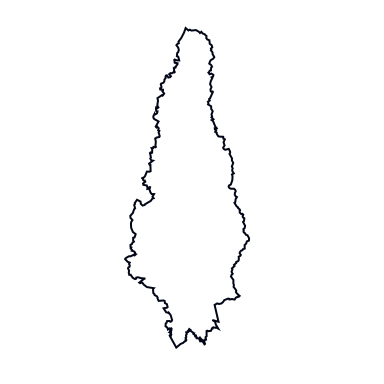 Guachinango, Jalisco, Mexico, rotated 36°
{"feature_id": "50627088B196089850290", "entity_name": "Guachinango", "entity_type": "district", "adm_level": 2, "iso_a3": "MEX", "parent_name": "Mexico", "parent_adm1": "Jalisco", "projection": "albers", "projection_center": [-104.413, 20.697], "detail": "fine", "context": "isolated", "style": "outline", "palette": "ink", "viewbox_px": 384, "rotation_deg": 36, "n_neighbors": 0, "source": "geoboundaries", "source_scale": "gbopen_adm2", "svg_char_len": 6068}
<svg xmlns="http://www.w3.org/2000/svg" viewBox="0 0 384 384"><g transform="rotate(36 192 192)"><path d="M284.8,245.3L281.4,244.3L280.7,242.8L279.0,241.4L277.2,238.8L273.2,237.5L272.7,235.5L273.0,234.3L270.9,233.3L270.2,230.9L269.2,230.4L269.9,226.8L268.8,226.3L269.5,223.5L268.9,222.7L270.0,220.6L269.6,219.1L267.8,216.9L268.6,215.3L268.5,214.2L266.6,213.6L266.1,212.6L266.2,210.6L267.0,209.4L266.9,208.1L267.9,206.8L265.8,204.1L266.1,201.7L265.4,199.8L266.6,197.8L265.3,195.8L262.3,194.4L260.8,194.9L258.7,194.1L257.7,194.3L256.6,193.4L256.5,192.7L255.4,191.9L255.8,190.2L254.8,188.1L250.9,186.2L251.1,184.9L249.8,182.5L248.2,182.6L247.5,182.2L246.8,180.2L245.5,180.1L245.0,180.9L242.7,180.6L241.5,179.0L241.6,178.5L240.6,178.0L238.9,178.0L238.4,177.4L236.6,177.4L232.7,175.8L233.0,174.9L231.5,172.1L231.3,169.7L230.1,169.9L228.3,169.1L227.3,167.8L227.0,165.8L225.8,164.9L224.0,164.7L221.2,166.7L219.5,166.7L218.5,166.1L218.1,165.1L219.0,163.1L217.7,158.8L215.5,155.4L214.0,154.3L214.9,152.4L212.5,151.5L211.4,150.3L211.1,149.0L209.2,147.9L208.3,144.3L205.6,142.9L204.6,141.3L199.9,139.1L199.8,137.8L199.0,136.9L196.4,135.5L194.1,138.3L192.1,138.5L191.1,137.7L191.0,135.2L188.3,133.2L187.6,130.1L186.0,130.4L184.8,129.0L181.4,131.2L180.4,131.4L177.8,130.4L177.1,129.5L175.5,129.7L175.5,128.3L173.7,127.9L173.1,127.2L174.6,126.6L174.7,125.9L172.4,125.4L167.1,122.1L165.7,122.2L166.5,120.5L163.9,120.2L164.0,119.2L162.2,117.8L161.3,114.5L158.7,113.5L157.1,111.4L153.5,111.7L153.3,110.7L151.8,109.6L152.6,107.6L151.2,106.8L151.5,105.5L150.1,98.8L149.6,98.6L148.7,99.5L147.9,99.5L146.6,98.0L146.1,95.6L143.2,94.1L142.0,91.2L141.5,88.1L140.4,87.7L141.2,86.3L140.5,84.7L138.1,84.8L137.0,86.4L135.1,85.7L135.4,84.9L135.0,83.5L135.8,82.5L134.4,80.1L134.6,78.9L132.9,78.0L130.5,78.0L129.8,75.9L129.7,74.3L130.8,71.7L130.8,69.8L127.7,68.4L126.4,66.9L124.0,66.3L123.8,65.2L123.0,64.8L123.3,62.9L121.6,61.7L119.3,61.7L116.8,59.0L114.8,59.6L113.1,59.1L112.1,57.3L109.3,57.0L107.3,57.5L105.4,56.9L105.0,58.7L103.2,58.3L100.0,58.7L96.7,61.7L94.8,62.0L94.2,63.4L90.5,63.1L91.9,67.9L92.8,73.9L92.7,78.4L93.9,79.4L93.1,81.1L93.1,82.4L96.0,83.3L97.9,84.9L98.6,87.1L98.3,88.0L99.3,90.1L100.2,90.5L100.2,91.0L101.6,90.8L104.3,93.1L102.2,94.5L100.1,95.0L100.0,95.5L102.1,97.6L104.6,96.3L105.3,97.4L105.0,98.8L105.5,101.1L104.6,101.5L104.4,102.4L106.1,104.0L106.3,104.7L107.5,105.1L107.3,105.9L106.6,106.0L106.0,107.7L104.7,108.5L104.3,110.1L106.9,110.7L106.8,112.0L105.6,113.3L103.1,112.4L102.5,113.2L102.8,114.3L103.7,115.2L103.6,117.2L104.7,119.0L104.6,120.5L103.3,122.5L103.4,123.2L105.6,125.0L105.8,125.9L105.2,126.9L106.2,127.8L108.3,126.3L108.9,126.9L108.9,127.9L111.6,128.7L111.7,130.8L111.5,131.4L110.8,131.2L108.9,136.4L110.8,138.1L113.1,142.5L115.1,143.3L114.8,144.5L113.3,144.6L113.6,145.4L115.4,147.5L116.1,147.6L116.7,147.1L117.2,148.1L117.4,149.0L116.7,150.8L116.1,151.4L115.8,151.1L116.2,153.4L117.1,154.6L119.3,155.4L118.9,155.1L123.5,154.6L124.2,160.4L125.4,160.7L125.7,159.6L127.6,160.0L128.4,162.0L129.6,161.7L130.1,163.6L133.0,165.7L133.2,166.7L131.4,168.7L130.8,170.4L133.2,172.6L135.2,176.1L136.3,176.7L136.0,177.5L134.3,178.2L134.6,179.3L133.5,180.2L134.7,180.8L136.6,183.6L136.5,184.1L135.2,184.4L135.1,185.2L138.4,188.1L138.6,189.5L140.5,190.3L142.0,189.6L140.6,194.2L141.8,194.9L142.4,194.5L146.3,199.5L145.7,200.5L143.5,202.0L144.7,206.9L144.4,209.1L142.9,210.3L144.3,210.0L145.7,211.1L147.0,211.0L147.2,210.6L148.2,211.2L147.4,213.9L148.5,214.8L151.6,213.3L153.5,214.7L154.1,215.8L154.7,215.2L154.7,213.1L155.3,212.8L156.1,214.9L158.4,216.6L160.5,217.4L162.5,216.0L162.8,219.0L164.6,219.6L163.8,220.6L163.9,223.3L161.2,229.6L161.3,230.4L160.0,232.0L157.6,231.7L156.0,230.0L152.1,230.6L152.2,234.6L152.9,235.1L152.8,236.4L155.6,238.7L155.3,240.0L156.5,243.7L156.1,247.6L157.5,249.1L160.3,249.7L160.5,252.1L161.2,253.5L163.9,256.8L167.7,259.1L171.2,259.2L172.2,262.5L171.3,263.6L172.9,265.8L174.2,266.3L173.6,267.8L174.0,269.5L173.3,270.9L174.5,272.6L175.5,272.5L175.6,273.7L177.7,274.2L177.8,274.9L180.3,274.1L181.6,274.5L181.9,275.5L183.2,275.3L182.8,277.1L181.5,277.5L180.2,280.0L178.8,281.0L177.3,284.3L177.3,285.6L181.0,286.3L183.1,285.7L183.3,287.2L184.8,288.0L185.4,289.2L184.9,290.7L185.2,291.4L187.4,292.7L188.2,294.4L190.0,295.9L191.0,295.0L194.3,296.2L197.0,296.0L197.7,295.1L197.2,294.0L198.5,292.7L201.8,291.5L205.1,289.4L204.2,290.6L202.6,296.3L203.6,296.3L204.5,294.8L205.2,294.6L207.5,295.3L211.4,295.4L217.6,292.3L217.4,293.3L220.2,296.6L221.4,296.6L222.4,297.4L224.7,297.0L226.1,297.5L226.3,298.1L229.0,299.7L232.7,296.5L233.9,296.2L235.4,297.8L237.6,297.5L239.9,299.4L239.7,300.3L237.4,302.8L241.8,304.5L244.2,303.5L245.0,304.2L244.6,303.4L247.0,304.1L251.2,307.3L251.4,308.8L250.8,309.7L249.7,309.5L247.7,311.1L248.3,312.7L248.0,313.8L249.5,316.2L251.8,316.2L253.3,317.4L254.0,315.7L254.5,315.9L255.2,314.5L255.8,314.6L256.6,316.0L255.8,316.7L255.9,317.3L256.7,317.1L257.3,317.6L256.5,318.8L258.1,318.8L259.0,319.4L259.3,320.3L258.3,320.3L258.3,321.3L270.7,327.1L272.1,321.6L273.5,319.3L273.9,316.9L274.5,316.5L274.4,315.1L273.6,315.1L273.4,314.3L272.5,313.8L272.6,312.6L271.3,311.4L271.3,310.1L269.9,309.0L270.4,308.6L270.3,307.6L271.1,307.7L271.4,306.5L270.5,305.8L270.3,304.5L272.2,304.5L272.7,305.2L275.7,305.1L276.2,305.7L276.8,305.2L277.1,306.0L278.1,305.9L279.2,306.8L279.7,306.0L280.3,306.8L281.1,306.7L281.7,307.6L283.7,306.3L283.9,305.1L285.2,305.6L284.9,307.1L286.4,308.0L287.1,307.2L285.7,306.6L285.8,305.5L287.4,305.8L287.6,307.1L288.7,306.7L291.6,307.9L291.8,307.2L289.0,305.3L288.9,304.8L289.6,304.4L289.3,303.2L289.9,303.0L288.3,301.5L288.6,300.1L285.5,295.9L285.9,295.2L287.2,294.9L288.9,293.2L288.4,290.7L288.9,290.4L288.4,289.6L288.9,288.9L290.8,288.1L291.0,287.5L293.5,287.1L289.3,285.3L286.9,283.4L283.7,283.6L289.7,281.4L276.7,270.1L277.8,267.4L279.7,266.7L281.3,264.9L281.8,262.8L281.7,260.5L283.9,257.0L285.0,256.5L285.5,256.9L287.4,255.0L289.7,254.0L289.6,251.7L291.5,249.0L291.5,248.5L291.1,248.7L291.4,248.1L287.6,247.6L286.2,247.0L285.9,245.9L284.8,245.3Z" fill="none" stroke="#020617" stroke-width="2"/></g></svg>